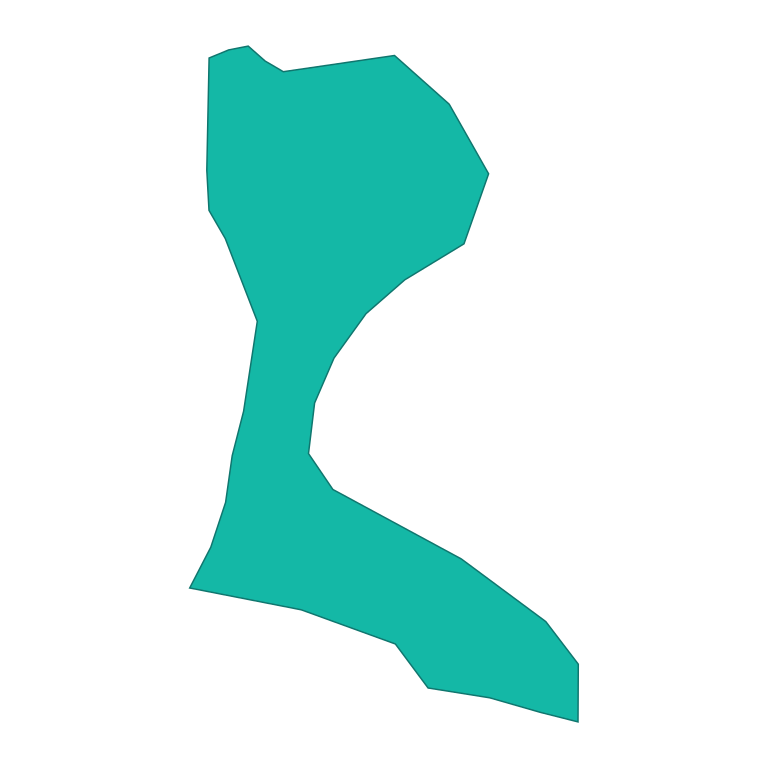 SVG path tracing the border of Bulambuli
{"feature_id": "UGA-5613", "entity_name": "Bulambuli", "entity_type": "County", "adm_level": 1, "iso_a3": "UGA", "parent_name": "Uganda", "parent_adm1": "", "projection": "equal_earth", "projection_center": [34.336, 1.363], "detail": "fine", "context": "isolated", "style": "filled", "palette": "teal", "viewbox_px": 768, "rotation_deg": 0, "n_neighbors": 0, "source": "natural_earth", "source_scale": "10m", "svg_char_len": 533}
<svg xmlns="http://www.w3.org/2000/svg" viewBox="0 0 768 768"><path d="M248.2,46.1L265.2,61.1L283.3,71.7L394.5,55.5L449.2,104.2L488.6,173.8L464.0,243.8L404.8,279.8L366.0,313.7L334.0,358.1L314.6,403.0L308.5,453.6L332.9,489.5L461.4,559.0L545.8,621.6L578.3,664.2L578.0,721.9L540.5,712.4L489.7,697.8L428.1,688.0L395.4,644.0L301.2,609.8L189.7,588.0L210.8,547.2L225.6,502.4L232.2,455.7L243.6,411.3L257.3,321.3L225.3,238.6L209.0,210.4L206.8,170.2L209.1,58.0L228.7,49.9L248.2,46.1Z" fill="#14b8a6" stroke="#0f766e" stroke-width="1.5"/></svg>